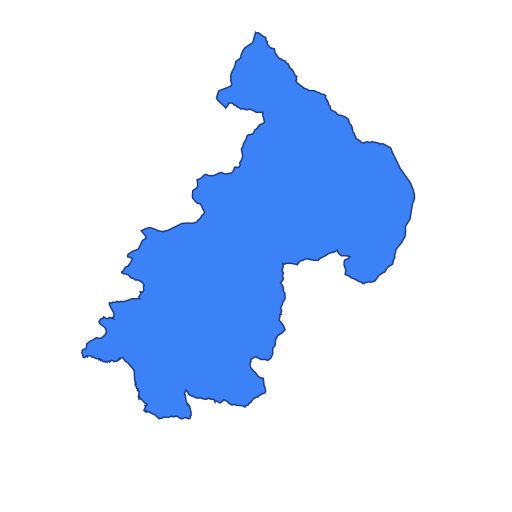 the district of Nyanza, Southern, Rwanda, rotated 302°
{"feature_id": "39286606B66592032419282", "entity_name": "Nyanza", "entity_type": "district", "adm_level": 2, "iso_a3": "RWA", "parent_name": "Rwanda", "parent_adm1": "Southern", "projection": "robinson", "projection_center": [29.757, -2.344], "detail": "fine", "context": "isolated", "style": "filled", "palette": "blue", "viewbox_px": 512, "rotation_deg": 302, "n_neighbors": 0, "source": "geoboundaries", "source_scale": "gbopen_adm2", "svg_char_len": 6054}
<svg xmlns="http://www.w3.org/2000/svg" viewBox="0 0 512 512"><g transform="rotate(302 256 256)"><path d="M445.5,137.1L435.3,140.2L426.6,136.2L422.8,136.1L418.4,136.9L416.1,138.0L409.9,135.9L405.5,137.6L398.6,138.1L395.1,139.1L392.7,141.1L391.7,141.2L389.5,143.9L387.6,144.8L385.0,143.5L376.4,136.9L369.2,138.6L367.7,141.4L366.2,149.8L365.4,152.0L369.8,152.2L370.9,151.6L373.3,154.9L372.4,157.3L373.2,159.0L372.4,160.8L372.9,163.2L372.6,165.4L373.8,166.5L375.1,170.7L377.0,172.5L377.8,175.6L378.0,180.2L381.6,185.7L379.5,186.7L374.2,192.2L372.5,192.0L369.0,189.5L365.1,189.4L362.2,188.3L358.2,188.6L357.3,188.2L355.0,185.5L353.4,184.8L349.8,185.7L344.4,185.9L341.6,187.0L339.0,186.9L333.6,191.9L330.7,192.7L326.5,192.8L324.8,194.3L322.7,194.7L320.5,192.5L320.8,191.9L319.9,190.8L316.4,191.7L313.6,191.4L309.2,186.6L308.4,182.4L307.8,181.4L301.9,177.7L299.1,173.3L299.0,171.0L297.6,169.2L293.3,168.3L291.0,167.1L289.7,165.6L284.2,169.7L281.7,169.4L278.0,167.7L272.3,170.8L271.3,172.2L269.9,176.8L269.7,178.8L270.8,181.2L266.0,188.9L264.1,189.6L261.7,188.6L258.2,188.8L255.7,187.8L253.5,187.9L250.1,184.9L247.4,180.1L244.3,175.9L231.2,167.8L227.5,164.3L225.4,159.6L225.4,157.2L223.9,150.8L220.4,147.7L216.6,145.3L214.5,151.7L212.6,153.4L209.1,151.5L199.4,152.6L195.1,149.2L190.1,146.7L188.1,146.9L187.3,147.7L187.8,148.4L188.4,152.5L186.3,153.0L182.7,153.1L181.6,152.7L180.2,153.2L177.2,151.1L173.4,151.4L171.1,150.5L170.6,151.2L170.8,153.4L171.8,154.8L172.3,157.6L171.2,161.9L172.1,164.1L171.7,166.2L172.9,168.2L173.4,170.0L173.1,174.4L171.7,176.8L170.3,176.9L167.1,179.1L165.3,179.1L164.4,176.8L163.9,177.7L162.2,178.4L159.4,178.3L158.3,180.0L153.8,173.3L147.6,168.5L145.4,164.8L144.4,164.4L144.0,162.0L142.5,161.7L140.8,158.9L139.3,158.5L138.7,156.5L137.1,157.4L132.0,166.0L129.2,167.6L127.9,166.8L127.2,168.4L126.1,164.1L124.3,163.6L123.6,162.4L123.6,159.1L122.0,159.1L120.0,157.5L118.9,158.0L117.3,157.5L116.1,158.9L115.3,165.4L114.5,167.3L112.4,169.3L109.9,169.9L104.7,168.6L102.9,166.4L102.3,163.9L97.5,161.8L96.3,160.7L91.7,159.0L89.0,160.5L86.9,160.7L85.0,158.8L83.7,158.7L82.9,159.4L82.1,159.3L78.5,163.3L79.2,164.7L80.0,164.6L81.3,165.5L81.1,166.4L82.1,165.9L83.7,168.8L83.3,170.6L84.1,171.8L84.3,174.8L85.8,177.5L85.0,177.8L85.8,178.3L85.6,179.2L84.9,179.5L85.1,180.0L86.0,180.0L85.5,182.6L86.3,183.0L86.1,184.0L86.7,184.3L86.9,186.1L87.9,185.9L89.1,187.0L88.4,187.7L88.5,188.2L90.1,188.1L91.0,189.0L91.5,190.1L91.1,191.6L92.3,192.1L92.8,193.7L94.3,194.3L95.2,193.9L95.3,194.8L96.4,195.3L96.9,194.5L97.1,195.4L98.7,195.9L99.1,197.5L97.5,200.6L97.6,203.5L94.8,212.4L94.0,213.6L86.5,218.8L86.0,219.9L85.0,220.3L85.3,221.0L84.1,221.1L83.8,222.1L82.7,221.7L82.7,222.5L80.6,224.9L80.9,226.1L80.0,226.3L80.0,226.8L79.1,226.8L79.1,228.8L74.1,231.0L74.0,231.4L74.7,231.5L73.3,232.3L74.1,232.4L73.3,233.4L73.9,233.4L74.0,234.0L72.4,239.9L72.5,242.0L71.5,242.5L71.0,241.8L70.5,242.0L70.2,241.3L69.6,242.3L65.9,242.6L66.2,243.8L65.6,243.9L65.9,244.3L65.4,245.1L66.2,245.4L65.7,245.8L67.3,248.1L67.2,251.6L67.8,254.1L66.7,260.1L67.9,261.1L68.1,261.9L70.2,262.8L73.1,267.5L75.4,269.2L75.9,271.6L76.9,271.7L78.4,274.3L78.2,278.9L81.8,282.0L82.3,285.4L84.2,286.0L85.5,285.0L86.4,285.4L88.8,283.9L91.6,281.2L91.7,280.5L93.1,279.9L93.7,278.7L93.5,276.5L94.4,276.8L94.7,275.2L96.0,273.6L99.9,270.3L101.3,268.4L105.2,267.5L104.5,270.4L103.0,272.0L103.2,275.9L104.0,276.6L103.6,277.5L104.1,281.0L106.5,284.5L107.1,287.7L108.5,290.2L109.2,290.0L110.5,291.3L110.4,293.1L112.1,296.4L110.6,298.5L111.4,298.2L112.0,298.9L112.4,303.5L117.1,304.9L117.5,309.2L116.8,310.5L116.7,314.0L119.0,317.1L119.0,318.6L121.8,323.5L122.0,326.6L124.0,326.9L125.7,328.4L126.8,328.0L129.1,329.1L134.2,329.5L135.0,330.5L136.4,330.9L137.4,332.4L139.0,332.5L141.8,333.9L144.5,336.0L146.5,335.9L149.5,333.1L150.2,331.6L156.2,327.0L155.1,324.5L155.1,321.3L157.0,317.1L157.0,315.4L158.5,310.7L161.7,307.7L164.1,307.6L165.6,306.2L167.2,307.5L168.0,307.4L169.8,308.6L170.6,310.6L170.9,315.2L173.1,318.4L173.6,321.3L177.2,322.7L181.7,322.1L186.7,319.1L189.9,319.7L196.3,316.6L197.5,317.1L197.8,316.6L200.6,316.8L201.7,317.7L202.8,317.6L203.9,318.7L208.8,319.8L211.4,316.3L213.0,312.6L213.7,309.6L217.6,308.3L219.1,307.3L219.9,308.2L220.6,307.4L222.9,307.0L224.9,304.4L229.7,303.9L231.3,303.0L234.1,303.5L235.9,302.9L239.9,300.0L240.3,298.5L241.1,297.5L243.4,296.2L245.0,294.1L246.2,291.0L250.1,291.6L251.5,291.1L253.4,288.7L256.3,288.3L257.1,285.8L261.1,284.9L263.7,282.7L264.0,284.3L266.5,286.3L268.8,290.6L270.6,295.7L272.7,295.5L275.5,296.2L277.1,298.0L280.3,299.9L283.1,307.4L285.2,311.0L288.1,311.7L294.4,315.5L295.9,315.8L299.1,318.3L299.9,319.5L301.9,320.9L304.1,321.5L302.2,324.2L301.4,327.6L301.7,328.8L303.7,331.7L305.4,336.0L302.9,335.8L300.0,333.5L298.5,333.5L294.7,335.7L291.8,339.6L287.5,341.4L288.4,345.9L287.9,347.8L288.8,352.0L288.9,356.8L289.6,358.7L289.3,361.4L289.9,362.4L291.4,362.7L292.5,364.2L293.6,364.8L294.6,367.2L297.6,370.0L304.9,370.6L308.8,372.3L310.4,373.6L316.2,373.6L321.5,376.1L325.9,374.6L328.5,374.5L330.7,372.7L332.4,372.6L336.0,371.2L344.0,372.3L351.5,372.0L356.4,369.7L360.3,367.0L369.0,367.0L383.6,360.9L388.6,360.0L391.2,358.4L394.6,355.2L399.6,348.7L406.7,331.9L415.8,317.2L419.1,312.9L418.5,304.5L416.3,300.8L416.6,299.5L414.3,293.8L412.3,292.1L412.0,290.1L409.9,288.0L408.9,287.8L408.2,284.6L408.9,282.8L408.5,280.6L409.1,277.6L410.1,277.3L410.6,275.5L411.9,274.8L412.6,272.2L414.5,270.9L417.1,268.0L418.4,264.0L419.8,263.3L420.9,261.7L421.2,257.8L420.2,252.9L419.3,251.7L419.2,249.8L420.2,247.5L419.6,241.7L422.4,239.3L422.8,237.3L423.9,236.6L425.9,233.6L426.8,231.1L428.8,230.4L429.1,228.1L427.8,225.3L428.1,223.2L427.2,220.6L427.2,217.9L424.4,213.4L424.5,211.0L423.8,208.7L424.7,198.7L425.9,196.7L427.1,197.0L428.5,195.7L429.8,195.5L429.9,193.4L433.1,188.4L433.7,184.4L436.0,181.7L435.6,180.5L436.9,176.8L436.1,175.0L436.5,172.8L435.8,170.6L438.5,164.4L441.4,161.9L440.2,157.8L441.5,153.7L442.2,152.7L443.5,152.4L444.4,150.1L446.4,148.4L446.1,145.8L446.6,139.8L445.5,138.3L445.5,137.1Z" fill="#3b82f6" stroke="#1e3a8a" stroke-width="1.5"/></g></svg>